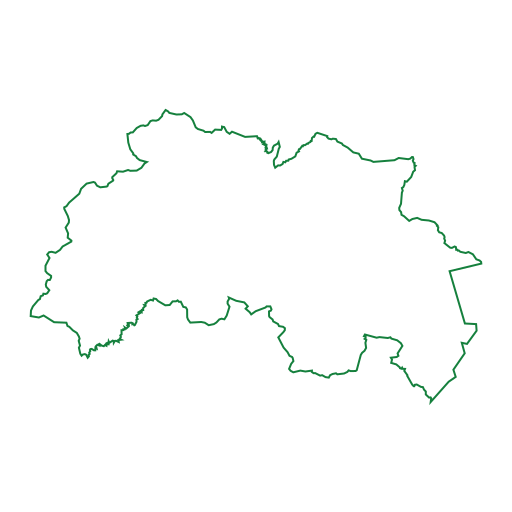 Bekwai Municipal, Ashanti, Ghana
{"feature_id": "2480657B55478680834493", "entity_name": "Bekwai Municipal", "entity_type": "district", "adm_level": 2, "iso_a3": "GHA", "parent_name": "Ghana", "parent_adm1": "Ashanti", "projection": "orthographic", "projection_center": [-1.62, 6.436], "detail": "fine", "context": "isolated", "style": "outline", "palette": "green", "viewbox_px": 512, "rotation_deg": 0, "n_neighbors": 0, "source": "geoboundaries", "source_scale": "gbopen_adm2", "svg_char_len": 6045}
<svg xmlns="http://www.w3.org/2000/svg" viewBox="0 0 512 512"><path d="M190.5,117.1L184.2,113.0L181.8,114.3L176.4,114.5L169.3,112.9L168.2,111.5L165.6,110.0L162.4,114.4L162.1,116.1L158.5,119.8L156.1,120.7L152.7,120.4L150.4,121.1L147.7,125.1L145.0,126.0L143.4,125.4L140.6,125.8L136.7,128.0L132.8,132.4L130.6,132.5L129.0,133.8L127.4,134.0L128.3,142.6L130.3,149.3L133.3,153.4L133.2,154.5L136.0,156.2L137.0,158.0L139.7,160.1L146.8,162.0L144.5,163.5L141.4,167.8L136.7,170.6L130.3,170.8L128.1,170.0L123.0,171.7L117.1,171.3L116.5,173.2L112.3,177.1L112.2,178.0L113.3,180.1L113.0,180.7L108.4,183.7L107.4,186.2L106.5,186.6L100.3,187.3L97.0,185.7L95.0,182.6L93.5,182.0L86.6,183.6L81.1,188.8L79.3,193.7L69.1,202.6L66.5,206.2L64.2,207.4L64.3,208.9L67.8,216.0L69.0,220.0L68.8,222.6L65.6,227.6L68.1,233.4L67.7,237.7L71.4,240.6L71.3,241.6L62.6,246.5L60.0,249.9L55.6,252.8L51.6,251.8L49.1,252.2L47.2,254.5L49.5,258.0L45.5,265.7L45.5,271.1L47.2,273.2L51.1,275.9L51.1,277.5L49.8,280.0L48.0,279.9L46.7,281.2L45.8,284.5L46.2,286.8L49.3,290.2L47.2,293.3L45.6,294.0L43.4,293.7L42.9,295.4L40.7,296.2L39.9,299.1L38.3,300.0L32.9,306.4L31.0,310.5L30.7,316.1L38.9,317.5L43.6,315.5L54.1,322.2L66.4,322.7L67.5,326.0L69.3,326.8L72.9,330.4L76.8,332.9L78.9,336.5L79.6,338.7L78.7,340.8L80.0,345.6L78.9,347.7L80.3,353.7L81.6,355.7L82.9,354.5L84.8,354.1L86.2,354.7L87.7,357.7L88.9,356.3L88.7,354.7L89.7,353.9L89.2,352.6L90.3,351.1L89.9,350.0L90.4,349.1L91.7,348.9L93.9,350.3L95.3,350.3L95.4,347.8L96.6,348.5L96.0,346.1L97.3,344.8L99.0,345.4L98.5,344.4L99.4,343.8L101.7,345.6L103.8,346.2L104.9,345.0L106.3,345.7L106.2,344.6L107.8,344.4L106.5,343.3L107.3,342.8L108.5,343.2L108.7,341.4L109.4,342.8L112.7,340.6L113.7,341.0L113.8,342.7L114.9,340.9L116.0,340.8L118.7,342.0L118.3,340.1L121.2,339.7L119.6,338.9L120.9,337.0L120.3,335.4L121.6,334.3L121.5,330.2L123.3,330.1L123.4,329.2L124.8,329.4L125.3,328.6L124.9,327.5L126.3,328.5L128.9,326.2L128.8,324.7L127.8,325.6L127.3,325.4L127.9,324.4L127.6,323.0L131.5,322.7L132.6,323.2L132.4,324.3L133.4,324.2L134.3,325.3L134.9,325.0L136.5,321.8L136.4,319.6L137.6,319.0L136.8,317.5L137.3,316.4L136.4,315.4L140.0,313.1L138.6,312.2L140.7,310.9L141.7,311.9L141.9,309.9L143.2,310.0L143.1,308.1L145.1,306.2L144.4,305.2L145.6,305.4L145.4,302.9L146.5,302.8L147.1,301.5L150.7,299.8L153.0,300.5L153.6,298.5L156.1,299.0L158.0,301.0L165.3,305.3L169.7,305.0L172.6,301.4L176.1,301.3L177.6,300.4L178.9,301.8L180.8,301.7L183.3,306.9L185.8,307.4L187.1,309.5L187.2,317.3L188.0,319.5L190.3,322.6L201.2,322.0L204.8,322.7L208.7,325.2L213.9,324.1L216.4,322.5L219.3,319.4L221.6,318.7L224.4,319.3L226.7,315.6L229.5,306.7L227.6,303.6L227.6,301.5L229.2,298.7L228.8,297.5L236.2,300.8L244.3,302.4L247.8,306.3L245.6,308.7L249.7,312.2L251.2,314.4L255.7,311.2L265.5,307.5L266.6,306.4L270.3,306.4L271.5,309.3L270.9,310.6L269.0,311.4L269.1,316.1L269.6,317.1L272.6,319.5L273.2,321.4L278.0,324.0L279.0,326.1L283.1,326.8L284.9,328.2L284.8,330.2L283.4,332.1L278.3,337.4L283.6,347.6L287.6,352.2L289.5,355.8L292.1,357.0L292.7,358.0L293.4,361.1L291.2,363.8L289.1,368.9L290.6,370.8L293.3,372.3L300.3,370.6L305.4,371.5L311.9,370.6L311.8,371.9L313.6,373.2L315.2,373.1L320.1,375.6L322.2,375.2L325.5,377.1L328.8,377.6L330.1,375.2L332.5,374.0L336.0,373.3L337.3,374.3L344.1,373.5L347.4,371.9L348.6,370.4L350.7,371.1L355.6,371.0L356.7,370.3L360.8,354.9L362.1,352.8L364.5,350.8L366.1,347.9L365.4,342.8L366.3,339.9L364.7,338.9L365.6,338.2L365.6,336.6L364.0,336.2L364.9,334.5L376.6,337.7L379.5,337.1L387.8,338.0L390.4,337.3L391.4,338.6L397.2,340.3L400.9,343.2L402.4,345.9L397.6,353.4L398.4,355.8L396.7,357.0L390.9,357.7L392.0,359.6L391.2,362.9L396.3,364.4L399.8,367.4L400.0,368.2L401.4,368.7L402.1,367.7L402.6,368.8L405.0,368.9L404.3,370.9L407.4,375.2L407.2,375.8L412.2,384.6L413.7,386.2L414.3,386.2L414.8,384.8L416.7,384.5L421.0,386.9L422.9,387.1L424.0,389.6L425.8,391.5L425.8,394.5L429.1,397.6L430.6,397.4L431.2,398.3L430.7,402.0L448.7,381.7L455.7,376.9L453.4,369.7L464.7,353.3L461.8,342.8L467.0,343.9L476.6,330.7L476.1,324.1L464.9,323.5L449.6,271.2L481.3,263.6L481.1,261.9L479.6,260.5L476.3,259.3L472.9,254.3L468.4,252.0L465.8,253.0L460.3,251.8L458.8,250.5L457.8,250.6L457.4,249.7L456.2,249.8L455.9,247.1L454.6,246.5L451.9,247.9L450.2,247.7L444.4,243.1L445.1,240.7L444.2,238.5L444.6,237.1L444.1,235.6L441.7,233.0L439.2,232.3L437.9,230.2L438.3,227.3L437.0,225.9L437.5,225.4L434.5,222.2L428.9,220.5L421.6,219.8L417.2,217.9L412.4,219.0L409.2,220.9L404.0,216.2L401.5,214.8L401.1,212.1L399.4,210.1L399.2,207.9L401.0,203.8L401.9,192.6L402.7,190.7L401.9,188.0L403.3,187.1L404.3,185.0L404.9,181.2L406.8,181.7L411.2,177.0L413.2,171.7L415.0,170.2L414.5,166.9L415.7,165.8L414.3,165.0L414.6,163.0L413.7,162.7L412.8,160.7L413.5,159.1L412.9,157.1L412.0,157.0L410.3,158.6L408.3,159.2L398.7,158.0L394.5,160.2L373.4,161.9L370.6,160.5L361.9,158.7L358.8,153.7L353.3,152.4L347.7,147.6L342.9,145.0L341.9,143.5L337.4,141.6L335.9,139.0L332.8,138.7L331.4,139.3L328.5,138.6L327.1,137.1L327.3,136.1L317.3,132.8L315.5,133.8L314.2,136.7L313.6,136.5L312.0,138.0L311.6,141.0L310.7,141.0L310.4,142.0L308.3,143.0L307.9,143.8L307.0,143.7L305.1,145.1L303.7,145.1L302.9,146.2L302.3,145.8L299.9,149.0L299.0,149.2L298.5,150.5L299.0,151.4L296.6,152.7L295.3,156.4L291.4,158.8L288.7,159.5L288.3,160.7L286.1,160.8L285.3,162.3L283.4,161.9L282.6,164.0L280.1,165.5L278.1,165.4L275.2,167.7L274.0,164.8L273.8,161.0L274.3,159.5L276.8,156.6L278.8,148.7L279.8,146.9L278.6,142.0L277.6,143.7L274.0,145.6L272.8,147.6L272.6,150.1L271.1,152.0L268.3,153.2L267.3,152.7L267.5,152.0L266.7,151.4L265.7,151.1L266.3,150.6L266.2,150.2L265.6,150.6L265.7,148.9L267.0,148.6L266.6,147.3L265.7,147.1L266.3,145.7L264.1,144.6L265.4,144.2L264.5,143.8L264.5,142.5L263.6,143.0L264.1,141.7L262.1,142.2L262.3,141.2L261.1,140.7L261.3,140.0L260.3,138.5L259.3,138.2L259.4,139.0L258.5,138.0L257.7,138.3L257.0,136.2L245.1,136.9L232.0,131.7L229.6,133.8L226.7,131.8L224.2,127.1L222.0,126.6L222.0,128.5L221.2,129.9L215.1,129.6L211.6,132.9L210.1,131.9L205.1,132.0L203.5,130.7L197.9,129.0L195.7,127.3L192.9,120.5L190.5,117.1Z" fill="none" stroke="#15803d" stroke-width="2"/></svg>